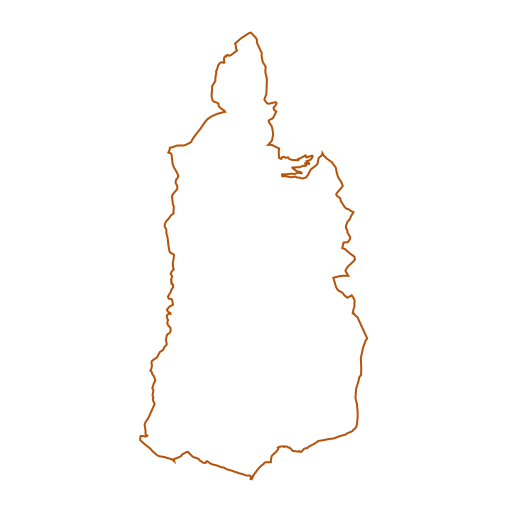 the district of Rachitova, Hunedoara, Romania, rotated 91°
{"feature_id": "2599482B89503985313378", "entity_name": "Rachitova", "entity_type": "district", "adm_level": 2, "iso_a3": "ROU", "parent_name": "Romania", "parent_adm1": "Hunedoara", "projection": "mercator", "projection_center": [22.734, 45.618], "detail": "fine", "context": "isolated", "style": "outline", "palette": "amber", "viewbox_px": 512, "rotation_deg": 91, "n_neighbors": 0, "source": "geoboundaries", "source_scale": "gbopen_adm2", "svg_char_len": 6106}
<svg xmlns="http://www.w3.org/2000/svg" viewBox="0 0 512 512"><g transform="rotate(91 256 256)"><path d="M459.4,342.0L459.6,340.3L461.1,335.8L462.6,334.2L460.6,334.7L458.2,328.8L456.9,327.0L455.8,326.5L453.4,322.5L453.0,321.0L453.8,320.1L453.6,320.0L456.7,317.0L457.9,315.5L458.9,313.1L458.7,312.6L459.8,310.1L461.8,308.2L462.3,307.0L463.4,305.8L463.7,304.8L463.8,302.9L462.7,302.3L462.0,301.4L464.5,297.6L465.2,295.8L465.9,292.1L467.9,286.6L468.0,284.7L469.4,282.2L469.9,280.9L471.4,275.2L472.3,273.3L472.5,271.8L473.3,270.2L474.2,265.7L475.4,262.8L475.7,261.1L475.6,258.6L476.7,257.3L478.3,257.1L478.5,257.4L479.1,257.5L479.3,256.4L476.4,255.1L476.4,255.6L468.6,249.9L465.6,247.2L463.9,244.8L462.4,243.9L461.9,242.1L462.1,241.0L461.9,237.5L460.9,237.7L455.8,236.9L454.3,235.6L451.4,232.4L448.5,230.4L447.9,230.3L447.3,230.8L446.7,230.2L446.1,228.1L445.9,226.1L445.8,225.4L446.4,224.8L446.2,224.1L445.8,223.7L446.1,221.4L447.0,220.4L447.0,219.1L449.9,216.0L450.2,216.0L450.9,210.1L450.3,209.3L451.0,208.6L451.0,207.3L448.0,204.6L447.6,203.9L447.2,202.1L447.3,201.5L445.8,200.1L442.8,194.5L439.8,190.3L438.9,184.9L437.8,180.4L437.1,175.2L434.5,168.7L432.9,163.0L432.3,162.6L431.5,161.3L429.8,157.3L429.1,156.3L427.7,155.4L427.3,154.3L425.1,152.9L423.5,152.3L415.3,151.5L408.6,151.8L402.3,152.5L396.3,154.1L387.1,153.6L379.6,151.4L375.3,150.6L373.2,148.9L366.6,148.8L356.3,149.4L345.8,147.4L338.8,145.0L336.5,143.4L316.0,153.2L315.4,153.6L312.9,156.6L312.2,156.6L311.8,157.2L311.7,158.3L307.6,157.6L304.3,156.6L301.9,156.9L299.2,156.5L297.1,157.3L293.7,159.6L296.1,163.9L293.8,166.9L292.5,167.8L290.8,169.5L289.3,172.7L288.0,174.0L285.7,175.4L276.4,178.3L274.9,173.0L274.2,168.2L274.2,163.3L269.4,166.3L268.1,165.9L265.2,164.2L259.7,158.5L257.9,157.1L255.3,157.4L254.5,158.2L252.0,161.9L247.6,167.0L246.6,169.9L241.1,168.7L240.9,168.4L240.8,165.5L240.2,164.1L237.4,162.3L235.5,162.1L230.7,165.1L228.8,165.1L226.6,166.5L224.4,166.6L220.1,165.1L217.5,162.8L214.3,161.6L210.5,159.3L209.5,161.6L207.7,164.1L207.3,166.0L205.8,168.0L199.5,172.2L196.9,172.7L194.5,176.0L193.6,176.7L192.7,176.9L190.9,175.7L186.9,172.3L184.5,170.5L184.0,170.5L180.5,172.1L175.6,175.4L169.8,177.1L167.1,177.5L165.3,178.4L160.8,181.9L157.0,187.5L155.9,188.1L155.0,189.7L152.0,191.4L153.2,191.5L154.3,192.1L156.0,194.1L157.4,195.2L161.7,195.9L163.7,196.7L168.6,202.8L174.2,205.6L176.7,207.4L177.1,209.2L177.6,210.0L177.5,212.2L176.8,214.1L176.8,216.4L175.9,218.1L176.7,221.8L175.7,228.1L175.6,229.5L176.0,230.7L175.9,231.0L174.1,231.4L173.7,230.9L173.9,229.3L173.7,225.8L173.0,222.1L173.3,219.7L173.2,218.3L172.0,215.6L172.5,211.9L172.0,211.9L171.2,213.3L170.7,216.1L170.1,217.5L168.8,218.9L168.0,220.6L166.9,221.1L166.7,219.8L166.8,218.4L166.4,216.2L166.7,214.7L164.9,210.1L165.2,208.8L164.9,207.8L164.2,207.4L162.8,208.5L162.4,208.5L162.2,208.2L162.2,207.6L162.9,206.1L163.0,204.5L162.5,204.5L161.2,205.7L160.3,206.9L159.1,203.6L157.0,201.7L155.3,201.1L154.8,201.4L154.7,202.0L155.3,203.0L155.5,204.5L156.6,207.0L156.2,207.5L154.8,207.8L154.5,208.1L154.6,208.6L155.8,210.1L156.2,211.5L157.5,213.3L158.3,215.6L159.2,215.2L159.6,215.6L159.3,221.9L158.0,225.0L156.8,225.6L157.3,227.9L157.1,228.6L156.3,229.8L156.9,232.0L158.0,232.1L158.5,232.6L157.8,234.3L156.9,234.8L151.0,235.1L148.1,234.7L146.4,238.6L144.6,242.1L144.7,245.8L140.2,242.0L134.1,241.0L129.6,241.6L125.5,242.8L122.2,245.3L120.6,245.7L119.6,244.8L118.2,241.8L117.8,241.4L112.8,239.0L111.2,238.3L109.3,240.7L107.3,241.0L106.8,240.7L106.6,240.1L105.9,239.7L103.8,238.4L102.8,238.1L102.1,238.6L101.9,239.4L103.3,244.8L103.5,246.9L102.0,248.7L99.3,250.4L94.4,248.6L92.9,248.4L79.6,248.2L76.8,248.6L73.1,249.7L69.9,249.9L66.8,249.6L61.5,252.8L56.0,253.9L53.0,253.8L43.1,258.6L42.0,258.9L39.8,258.8L37.3,260.4L32.7,265.1L33.5,267.3L38.7,274.9L44.0,280.7L45.8,279.9L49.0,279.6L50.9,278.6L55.5,284.4L56.3,286.4L55.6,287.6L55.6,288.3L56.1,288.9L57.1,289.3L56.8,290.1L57.1,290.7L59.2,291.6L63.2,291.0L63.4,291.6L62.8,294.0L63.9,295.7L64.8,296.1L65.5,297.0L70.4,298.3L71.5,299.1L73.2,298.9L79.2,299.8L81.0,299.6L82.6,300.2L87.0,302.9L88.9,302.7L95.3,303.2L98.4,303.0L100.7,302.3L102.2,301.2L103.8,296.6L104.6,296.1L106.2,296.1L107.3,295.5L108.9,293.8L111.3,290.1L112.4,289.4L112.5,290.3L114.7,297.7L117.4,303.2L120.1,307.0L122.5,309.0L130.0,314.0L136.0,318.6L140.1,321.4L142.8,322.7L143.6,323.4L146.4,328.8L146.9,331.3L146.7,333.2L146.9,334.3L146.8,335.1L147.0,335.9L147.0,337.2L148.8,341.5L149.2,344.0L151.6,344.3L154.1,345.5L154.8,343.0L156.1,342.2L165.7,340.9L168.8,339.7L171.7,337.8L176.2,335.4L177.6,335.1L179.2,335.7L180.8,337.1L183.6,337.7L184.5,337.6L186.9,336.2L188.9,335.8L190.6,336.0L194.1,339.0L196.9,340.9L198.2,341.0L205.7,340.0L208.0,339.0L213.6,339.3L214.8,339.1L217.0,341.8L220.0,343.9L223.4,346.8L226.9,347.9L227.9,347.8L231.5,346.1L234.7,346.0L239.4,344.7L246.6,343.8L252.9,342.6L254.6,341.3L255.3,339.2L256.5,337.9L265.3,339.1L269.7,338.5L270.8,338.0L272.1,339.4L275.2,341.1L277.5,339.6L278.8,339.6L280.8,340.5L283.0,340.0L282.8,340.3L285.1,340.1L285.6,339.7L286.3,338.3L287.0,338.2L287.5,338.5L288.6,338.2L291.2,340.0L293.1,340.5L298.1,343.3L299.5,342.9L300.3,342.1L300.5,339.9L301.1,339.2L306.2,338.1L308.0,341.5L310.6,343.7L311.9,344.0L312.3,343.7L313.7,342.5L313.9,341.7L314.6,340.6L315.4,340.5L315.3,342.4L316.8,344.0L317.4,344.2L319.3,343.9L321.7,342.8L323.1,343.4L325.5,343.4L327.2,342.3L329.4,340.3L332.5,340.0L334.3,340.9L335.2,341.9L335.6,342.9L336.0,343.3L337.3,343.9L341.3,344.5L345.8,343.7L346.5,344.0L348.9,346.3L350.1,346.5L351.8,347.6L353.7,350.5L358.9,353.1L359.5,353.7L362.0,357.4L363.1,358.5L365.0,358.6L367.3,358.1L370.3,358.6L372.5,359.6L373.4,358.4L376.2,357.5L378.1,355.9L382.4,354.5L384.4,355.7L389.9,357.4L391.3,356.4L392.5,356.3L396.7,357.0L397.7,356.9L399.0,356.1L400.4,356.7L401.1,356.6L403.5,355.9L405.6,354.7L420.5,361.1L422.1,362.4L425.4,364.2L427.0,364.4L431.6,363.5L435.9,363.3L436.8,362.9L437.5,361.6L438.1,362.1L438.2,363.5L438.5,363.9L438.1,364.9L437.9,368.1L438.5,368.4L442.0,368.6L445.8,364.4L450.2,358.6L453.4,355.6L457.1,351.1L457.9,349.0L458.7,343.3L459.4,342.0Z" fill="none" stroke="#b45309" stroke-width="2"/></g></svg>